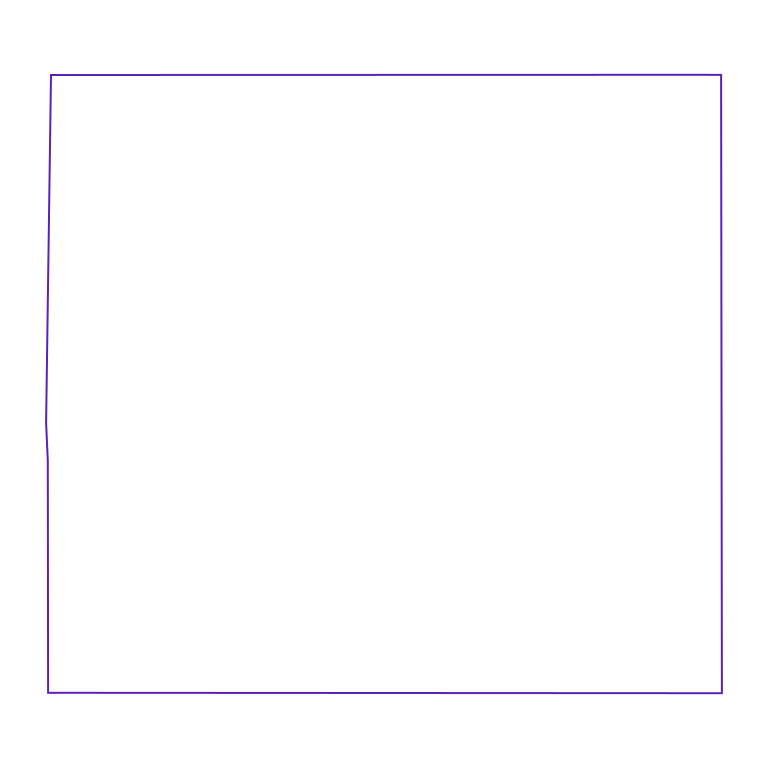 Logan, Nebraska, United States of America
{"feature_id": "52423323B8121394527401", "entity_name": "Logan", "entity_type": "district", "adm_level": 2, "iso_a3": "USA", "parent_name": "United States of America", "parent_adm1": "Nebraska", "projection": "robinson", "projection_center": [-100.486, 41.567], "detail": "fine", "context": "isolated", "style": "outline", "palette": "violet", "viewbox_px": 768, "rotation_deg": 0, "n_neighbors": 0, "source": "geoboundaries", "source_scale": "gbopen_adm2", "svg_char_len": 215}
<svg xmlns="http://www.w3.org/2000/svg" viewBox="0 0 768 768"><path d="M700.3,74.8L51.0,75.0L46.1,422.8L47.8,460.8L48.1,692.8L721.9,693.2L721.1,74.9L700.3,74.8Z" fill="none" stroke="#5b21b6" stroke-width="2"/></svg>